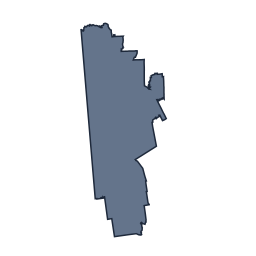 Uxpanapa, Veracruz, Mexico, rotated 82°
{"feature_id": "50627088B30619044405855", "entity_name": "Uxpanapa", "entity_type": "district", "adm_level": 2, "iso_a3": "MEX", "parent_name": "Mexico", "parent_adm1": "Veracruz", "projection": "orthographic", "projection_center": [-94.45, 17.306], "detail": "fine", "context": "isolated", "style": "filled", "palette": "slate", "viewbox_px": 256, "rotation_deg": 82, "n_neighbors": 0, "source": "geoboundaries", "source_scale": "gbopen_adm2", "svg_char_len": 5314}
<svg xmlns="http://www.w3.org/2000/svg" viewBox="0 0 256 256"><g transform="rotate(82 128 128)"><path d="M193.5,170.3L193.5,168.7L194.0,168.7L194.0,168.0L194.0,166.3L194.0,165.8L194.0,165.3L194.0,165.0L194.0,164.4L193.2,164.4L193.2,163.6L194.0,163.6L194.0,162.3L193.3,162.3L193.6,162.1L192.8,161.2L192.8,160.8L215.6,160.9L215.5,156.7L233.7,156.5L233.7,142.8L233.8,134.5L234.7,133.1L235.4,131.9L235.5,131.5L235.4,131.1L235.5,130.9L235.6,130.6L235.7,130.4L235.8,130.3L235.8,130.1L235.7,130.0L235.6,129.6L235.5,129.4L235.4,129.3L235.1,129.4L234.9,129.4L234.7,129.5L234.2,129.5L233.3,129.3L233.2,129.4L233.2,129.7L232.8,129.6L232.5,129.6L232.3,129.5L232.0,129.4L231.8,129.1L231.7,128.8L231.6,128.7L231.2,128.3L229.5,127.9L228.6,128.0L228.3,127.7L227.2,128.1L226.9,128.1L226.3,127.9L225.7,128.1L224.2,128.7L224.0,128.1L223.5,128.2L223.3,127.7L223.5,127.5L224.9,126.8L224.9,126.2L225.7,124.6L223.7,123.7L223.6,123.2L222.7,123.2L222.5,123.3L221.7,122.9L220.6,122.9L215.9,122.8L207.1,122.8L206.9,117.7L206.5,117.7L205.6,118.4L204.5,118.6L193.5,118.7L193.5,117.9L185.6,118.0L183.0,117.9L183.0,117.2L179.0,117.9L176.9,118.2L176.0,118.3L170.0,119.0L162.4,123.2L162.2,123.4L162.0,123.6L161.9,123.7L161.7,123.9L161.6,124.1L161.5,124.3L161.4,124.5L161.2,124.8L160.9,124.8L160.6,124.8L160.4,124.9L160.3,125.0L160.2,125.1L150.0,102.4L129.9,103.4L125.8,103.4L125.8,102.7L124.8,102.5L124.3,102.6L123.5,102.2L122.7,102.3L123.0,102.2L123.1,101.8L123.0,101.3L122.5,100.5L122.3,99.6L121.8,99.7L121.7,99.5L121.5,99.3L121.9,99.2L122.7,98.8L122.2,98.0L121.5,98.0L121.6,97.1L120.9,95.3L120.3,95.5L119.7,95.7L119.7,94.7L121.7,94.1L123.4,93.5L124.3,93.2L125.5,92.8L124.9,90.6L124.3,89.4L124.0,88.8L119.4,90.3L118.0,90.9L113.6,92.3L112.1,92.8L110.7,93.3L109.6,93.7L107.1,94.5L106.0,94.9L105.5,95.0L105.3,95.1L105.0,95.2L104.0,95.5L104.1,95.1L104.4,95.0L103.9,94.5L103.9,94.3L104.4,93.9L104.6,93.9L104.8,93.8L104.8,93.7L105.3,93.5L105.1,93.1L104.3,92.7L104.7,92.3L104.6,91.9L103.9,92.0L104.0,91.2L104.0,90.6L103.8,90.4L103.4,90.5L103.1,89.6L104.1,89.8L104.0,89.4L103.8,88.8L103.7,88.7L104.0,88.5L104.4,88.2L100.6,87.8L99.5,87.6L98.0,87.5L92.4,86.7L91.5,86.7L86.4,86.1L83.8,85.9L82.3,85.8L82.0,85.7L82.0,86.9L81.1,86.8L80.1,86.7L79.0,86.6L79.1,89.1L79.0,90.3L78.9,91.6L77.9,91.4L77.8,92.6L77.7,93.8L78.7,94.0L78.7,95.2L78.9,96.3L79.1,96.3L79.4,97.8L81.1,97.8L81.0,98.9L81.3,98.9L82.3,99.0L82.3,98.8L83.3,99.1L84.1,99.2L84.0,99.7L85.1,100.0L85.1,100.5L85.6,100.5L85.7,100.9L86.3,100.7L87.8,100.6L87.8,101.5L89.1,101.5L89.1,102.0L89.4,102.0L89.3,101.0L89.1,101.0L89.0,100.7L90.1,100.5L90.0,100.8L90.2,101.2L90.1,102.1L91.0,102.6L91.0,100.6L91.5,101.2L91.9,101.9L92.6,101.2L92.4,102.0L90.7,102.8L90.0,103.8L88.5,105.8L86.5,105.6L84.3,105.4L81.2,105.0L74.0,104.0L73.5,103.9L72.9,103.8L71.3,103.6L70.7,103.5L67.7,103.2L66.0,103.0L65.1,102.9L62.4,102.4L62.4,103.1L62.3,104.8L62.2,105.9L62.0,107.4L61.9,108.4L61.7,109.8L61.5,111.3L61.4,113.3L60.2,112.7L59.2,112.1L58.8,111.8L59.0,110.8L58.4,110.5L58.0,110.3L57.7,110.0L57.3,109.8L56.1,109.1L55.2,108.6L52.9,108.2L52.8,108.6L52.7,109.0L52.6,109.5L52.7,110.3L52.6,111.2L52.4,113.0L52.2,114.4L51.9,116.4L51.9,118.0L51.7,119.4L51.6,120.1L51.2,123.9L50.9,123.7L50.7,123.6L50.6,123.8L50.4,124.0L50.1,124.0L50.0,123.9L49.9,123.7L49.7,123.5L49.3,123.5L49.0,123.6L48.8,123.6L48.8,123.3L48.8,123.0L48.8,122.7L48.7,122.4L48.6,122.2L48.4,121.9L48.2,121.9L48.0,122.0L47.9,122.1L47.7,122.1L47.4,121.9L47.2,121.7L47.2,121.4L46.4,121.7L44.5,121.8L44.4,121.7L43.9,121.7L43.7,121.6L43.0,121.3L42.8,121.1L41.7,120.9L41.2,120.7L39.9,120.5L37.9,120.4L37.2,120.5L36.4,119.9L36.0,124.1L35.8,125.4L35.6,128.1L34.0,128.1L34.1,128.4L33.9,128.7L33.7,128.9L33.7,129.2L33.8,129.3L35.5,129.5L35.5,131.1L31.8,131.1L31.7,131.2L31.5,131.3L28.7,131.0L28.5,131.3L28.4,131.6L28.2,131.8L28.1,132.0L27.9,132.1L27.7,132.2L27.1,132.5L26.8,132.8L26.5,132.9L25.9,133.0L25.6,133.2L25.1,133.4L24.6,133.5L24.2,133.5L23.7,133.4L23.3,133.4L23.0,133.4L22.8,133.5L22.4,133.8L22.2,134.2L21.8,134.6L21.6,135.0L21.4,135.3L21.2,135.9L21.2,136.3L21.2,136.8L21.3,137.2L21.4,137.6L21.7,137.7L22.2,137.9L22.5,137.9L22.9,138.1L22.9,138.5L22.9,139.2L23.0,139.7L23.1,139.9L23.3,140.0L23.6,140.2L24.0,140.2L24.6,139.7L24.8,139.7L24.8,140.0L24.7,140.4L24.8,140.4L24.7,140.6L24.8,140.9L24.6,141.2L24.3,140.9L24.0,140.6L23.7,140.9L23.8,141.1L24.2,141.4L24.2,141.6L23.7,141.6L23.4,141.7L23.1,141.7L23.0,141.9L23.0,142.2L23.1,142.4L23.4,142.3L23.6,142.6L23.5,142.9L23.1,143.2L22.6,143.8L22.6,144.1L22.2,144.8L22.1,145.0L22.1,145.4L22.2,145.8L22.0,146.4L21.9,146.8L21.6,147.3L21.4,147.5L21.1,147.7L21.1,147.8L21.1,148.2L21.0,148.3L21.0,148.5L21.0,148.9L20.9,149.1L20.9,149.3L21.1,149.4L21.4,149.4L21.6,149.5L21.6,149.9L21.5,150.2L21.4,150.3L21.1,150.6L20.8,150.9L20.6,151.0L20.3,151.1L20.2,151.2L20.2,151.4L20.4,151.6L20.9,151.8L21.2,151.9L21.6,152.0L21.4,152.4L21.2,152.4L20.9,152.7L20.8,153.0L20.8,153.4L20.9,153.8L21.0,154.1L21.2,154.3L21.7,154.6L21.8,154.8L22.0,155.0L22.0,155.5L21.9,155.7L21.5,156.2L21.3,156.5L21.6,156.7L21.9,156.8L22.1,156.9L22.2,157.0L22.4,157.5L22.6,157.7L22.7,157.8L23.6,157.8L24.0,158.0L24.5,158.2L25.4,158.3L25.6,158.5L25.8,158.8L25.8,159.1L25.6,159.3L25.1,159.6L24.6,159.8L24.3,159.9L24.2,160.1L24.1,160.3L24.1,160.7L24.1,160.8L66.6,163.2L109.3,165.6L152.3,168.0L193.5,170.3Z" fill="#64748b" stroke="#1e293b" stroke-width="1.5"/></g></svg>